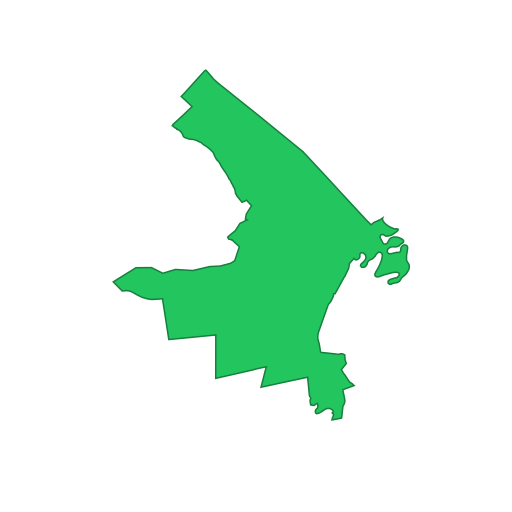 Gradistea, Braila, Romania (Natural Earth projection), rotated 326°
{"feature_id": "2599482B92536621414341", "entity_name": "Gradistea", "entity_type": "district", "adm_level": 2, "iso_a3": "ROU", "parent_name": "Romania", "parent_adm1": "Braila", "projection": "natural_earth1", "projection_center": [27.399, 45.269], "detail": "fine", "context": "isolated", "style": "filled", "palette": "green", "viewbox_px": 512, "rotation_deg": 326, "n_neighbors": 0, "source": "geoboundaries", "source_scale": "gbopen_adm2", "svg_char_len": 6122}
<svg xmlns="http://www.w3.org/2000/svg" viewBox="0 0 512 512"><g transform="rotate(326 256 256)"><path d="M382.4,295.3L378.4,295.4L378.0,295.0L377.7,294.9L377.2,295.0L372.3,294.1L368.9,294.5L367.6,288.0L362.2,253.2L358.2,226.9L358.1,226.4L353.9,199.7L353.3,196.3L353.4,196.2L338.8,147.9L338.0,145.1L321.4,92.0L320.3,87.7L319.7,85.1L319.5,82.9L318.7,75.9L318.3,73.9L317.1,73.8L316.3,73.9L286.4,81.3L283.2,81.9L285.3,90.8L286.5,96.4L274.1,98.5L260.9,100.5L259.4,101.2L259.6,101.5L260.1,102.4L260.2,102.9L260.2,103.1L260.1,103.3L260.3,103.9L260.8,105.0L261.4,105.9L261.5,106.3L261.4,106.5L261.2,106.6L261.2,106.8L261.7,107.3L261.9,107.5L262.3,108.0L262.8,109.3L263.0,110.2L263.2,111.6L263.2,113.7L263.1,114.5L263.0,114.9L262.7,115.8L262.7,116.1L262.7,116.7L262.8,117.1L263.1,117.8L263.5,118.4L265.9,121.6L266.8,122.3L267.1,122.5L267.7,123.2L269.1,124.2L269.6,124.8L270.5,125.9L271.3,127.0L271.7,127.5L272.1,128.4L273.4,130.6L273.9,131.3L274.2,131.9L274.3,132.4L274.3,132.9L274.7,134.2L275.2,135.4L275.8,136.6L276.3,138.0L276.6,138.6L276.8,139.4L277.2,140.9L277.4,141.3L277.9,143.7L278.2,145.1L278.4,146.3L278.0,147.8L278.0,148.3L277.7,149.7L277.3,153.0L277.3,154.0L277.3,154.7L277.4,155.2L277.6,156.0L277.8,157.1L277.8,158.3L277.7,158.9L277.7,159.7L277.4,162.0L277.4,163.0L277.3,163.9L277.3,166.0L277.4,169.1L277.4,169.6L277.5,170.1L277.4,171.1L277.2,173.9L277.0,175.8L276.8,176.2L276.8,176.8L276.8,177.5L276.8,178.0L277.0,178.4L277.0,179.3L276.9,179.7L276.6,181.2L276.4,181.9L276.4,183.1L276.4,183.4L276.4,184.0L276.0,185.7L275.9,188.0L275.8,188.5L275.3,189.8L275.0,190.6L274.7,191.4L274.1,192.4L274.1,192.7L274.0,193.3L274.0,194.0L274.0,194.4L273.7,195.1L274.1,199.8L274.4,203.7L277.9,204.3L279.3,204.4L280.4,211.8L271.4,215.8L267.8,219.5L268.9,221.1L260.9,220.0L253.1,223.4L244.1,224.3L243.1,224.5L242.8,226.8L245.2,229.1L244.9,229.4L245.2,229.7L247.4,239.0L235.7,248.0L230.8,247.8L220.7,244.3L211.8,238.9L195.5,232.7L181.7,222.1L169.1,218.2L162.8,207.1L149.9,198.6L123.2,197.6L125.5,210.2L129.3,212.3L131.8,214.5L133.2,216.7L136.0,222.3L138.7,226.9L142.4,231.2L145.3,233.8L149.4,236.2L153.6,238.7L154.6,239.1L137.0,276.5L178.5,299.0L154.2,334.9L164.7,339.0L190.5,349.0L190.9,349.0L197.0,351.3L201.6,353.2L202.6,353.8L200.5,355.4L186.8,367.6L195.8,371.2L214.1,378.5L231.0,385.4L222.2,401.6L221.9,403.8L221.9,404.7L220.3,405.6L219.7,406.5L218.8,408.3L218.5,409.3L218.1,409.8L218.1,410.3L218.9,410.7L219.3,411.4L220.7,412.4L221.4,412.4L222.8,412.3L224.2,412.3L224.4,412.8L224.1,413.7L223.5,414.9L222.2,416.3L221.7,416.5L220.1,416.7L219.0,417.2L218.1,418.3L217.6,419.5L218.0,420.5L218.8,421.0L220.0,421.4L223.2,421.8L224.9,421.8L226.9,421.7L228.5,421.9L229.9,422.3L231.0,422.9L231.9,423.7L232.6,424.9L233.2,426.2L233.3,427.0L233.2,428.0L232.5,428.5L231.4,428.7L231.8,430.6L230.3,432.0L228.7,433.1L227.3,434.4L236.2,438.2L237.0,437.5L244.0,429.2L244.7,428.8L245.7,428.4L247.6,427.0L248.4,426.2L249.2,424.9L250.2,422.6L252.9,416.0L253.4,415.5L253.7,415.5L264.9,418.3L264.2,415.3L263.2,413.0L263.1,410.4L263.1,408.0L263.2,404.0L262.9,402.0L263.2,399.6L263.1,398.0L270.8,395.6L270.9,395.0L272.0,391.5L272.2,391.2L274.3,387.6L273.0,385.4L272.7,385.1L271.4,384.3L270.1,383.9L269.1,383.5L267.5,382.0L265.3,380.1L258.7,374.5L256.3,372.6L255.9,372.0L256.0,371.4L259.2,364.4L260.9,359.5L261.6,358.2L262.2,357.3L263.6,355.6L265.0,354.3L272.9,348.4L282.9,341.0L287.9,337.3L288.9,336.7L293.0,335.4L297.2,332.9L298.3,331.9L299.3,330.8L300.5,331.5L304.4,329.5L317.0,323.0L318.2,322.6L326.0,318.0L329.2,314.5L335.9,312.8L335.9,313.4L336.0,314.1L336.4,314.9L337.5,315.5L338.5,315.7L339.7,315.6L340.9,315.3L342.0,314.4L342.8,312.9L343.8,312.2L344.5,312.1L345.8,312.6L346.4,313.3L347.0,314.5L347.2,316.0L346.9,317.7L345.8,319.4L343.8,320.5L342.1,320.9L339.0,321.3L337.9,321.8L337.1,322.6L337.3,324.5L338.6,325.4L340.3,326.0L341.8,325.7L343.6,324.9L345.0,323.6L346.2,323.2L348.2,322.9L350.0,323.4L351.8,323.4L355.0,322.7L356.4,321.9L357.9,321.6L359.2,321.4L360.1,321.5L360.7,322.2L361.6,323.4L361.7,324.4L361.3,325.5L361.0,326.2L360.2,327.2L358.3,329.1L357.1,330.1L354.4,332.0L352.2,333.3L348.6,335.2L346.2,336.3L344.5,337.4L343.8,338.4L343.7,339.7L344.4,340.8L345.2,341.4L346.6,342.0L351.4,343.2L353.5,343.9L359.6,346.0L362.2,347.2L363.1,347.8L364.1,348.7L364.9,349.9L364.8,351.1L363.6,352.1L361.8,352.6L360.2,352.5L358.5,351.8L357.1,351.3L354.2,350.5L352.8,350.4L352.1,350.5L351.4,350.8L350.7,351.8L350.4,352.4L350.6,353.3L350.8,353.9L351.3,354.5L352.5,355.1L353.5,355.1L355.4,355.7L357.5,356.7L358.8,357.1L359.7,357.2L360.6,357.2L361.4,357.0L362.8,356.4L363.6,355.9L364.5,355.6L366.1,355.3L367.9,355.2L369.5,355.0L371.9,354.3L373.3,353.6L374.5,353.0L375.6,352.3L376.8,351.1L377.7,349.6L378.1,348.2L378.2,347.3L378.2,346.0L378.2,344.8L378.6,343.5L380.9,340.0L385.3,335.2L386.2,334.2L386.5,333.6L386.8,332.8L386.9,332.2L386.7,331.5L386.2,330.6L385.1,329.7L384.1,329.4L383.1,329.4L382.0,329.6L380.8,330.2L380.0,331.1L379.2,332.1L378.5,332.8L377.6,333.1L376.5,333.0L375.6,332.2L374.5,331.6L373.2,331.1L371.1,330.3L369.2,329.6L368.4,329.0L367.8,328.6L367.2,327.8L367.1,326.6L367.3,325.9L367.6,325.3L368.2,324.8L368.8,324.3L369.4,324.0L370.5,323.8L371.1,323.8L371.9,323.9L373.6,324.3L375.0,325.2L375.7,325.8L377.1,326.7L377.8,327.0L379.3,327.5L380.1,327.6L381.1,327.4L382.1,327.2L383.4,327.1L384.1,327.2L385.2,327.3L385.9,327.1L386.2,326.8L386.6,326.4L386.8,326.0L387.0,325.4L386.9,324.6L386.6,323.8L385.3,321.4L384.7,320.6L383.6,319.3L382.5,318.4L381.7,317.8L380.0,316.9L379.0,316.7L377.7,316.5L376.5,316.6L375.8,316.8L373.7,317.9L372.4,318.6L371.5,318.7L370.5,318.6L369.7,318.4L369.2,318.0L368.7,317.5L368.5,316.8L368.6,315.2L368.8,314.1L368.8,313.0L369.0,312.1L369.0,310.9L369.3,309.9L369.7,309.4L370.4,308.7L371.2,308.4L371.9,308.5L372.8,308.8L373.5,309.5L374.1,310.9L374.5,311.8L375.3,312.6L375.9,313.0L379.1,314.2L380.7,314.5L382.1,314.6L384.6,314.5L386.3,314.5L387.7,314.2L388.5,313.8L388.8,313.3L388.6,312.8L387.8,312.1L385.9,310.9L384.3,308.5L383.2,306.7L382.3,304.7L381.5,302.4L381.3,301.5L381.0,300.1L381.0,299.2L381.0,297.5L381.1,297.1L381.5,296.2L381.9,295.7L382.4,295.3Z" fill="#22c55e" stroke="#15803d" stroke-width="1.5"/></g></svg>